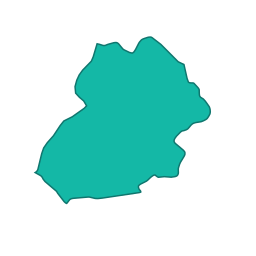 outline of Kassérine, rotated 22°
{"feature_id": "TUN-110", "entity_name": "Kassérine", "entity_type": "Governorate", "adm_level": 1, "iso_a3": "TUN", "parent_name": "Tunisia", "parent_adm1": "", "projection": "natural_earth1", "projection_center": [8.892, 35.211], "detail": "fine", "context": "isolated", "style": "filled", "palette": "teal", "viewbox_px": 256, "rotation_deg": 22, "n_neighbors": 0, "source": "natural_earth", "source_scale": "10m", "svg_char_len": 2200}
<svg xmlns="http://www.w3.org/2000/svg" viewBox="0 0 256 256"><g transform="rotate(22 128 128)"><path d="M58.6,204.1L59.6,202.6L60.0,200.4L57.6,184.1L57.3,178.1L58.7,171.8L61.8,163.1L64.2,151.2L65.9,145.5L72.1,138.5L80.0,126.2L81.3,123.0L76.8,119.5L71.4,117.7L66.4,115.3L63.4,109.5L62.6,102.9L62.9,97.0L64.3,91.3L69.0,79.8L69.1,75.0L67.8,61.5L70.2,61.1L74.1,60.8L75.8,60.1L78.0,58.0L82.7,54.4L84.2,53.5L85.4,53.1L86.5,53.1L87.2,53.3L87.8,53.5L93.5,56.6L95.0,57.0L101.0,57.4L103.8,57.0L104.2,56.6L104.9,55.5L105.2,54.4L105.6,52.3L106.2,45.6L106.4,44.3L106.9,42.8L107.4,41.4L107.7,40.9L108.5,39.9L109.8,38.7L112.7,36.3L114.2,35.5L115.2,35.1L116.5,35.2L127.2,38.2L149.7,47.8L156.1,48.2L164.2,59.9L166.7,62.7L167.2,62.9L167.8,63.0L168.4,62.9L169.0,62.8L170.8,62.1L171.4,61.9L171.9,61.8L172.5,61.9L177.6,64.3L178.9,65.1L179.7,65.9L181.3,69.6L182.2,71.2L183.0,71.9L183.7,72.3L187.0,72.9L189.7,74.2L194.4,77.2L195.5,78.0L196.5,79.1L197.3,80.3L198.2,82.1L198.5,83.2L198.7,84.3L198.4,87.1L197.9,89.4L197.4,90.4L196.6,91.5L195.2,93.1L193.4,94.8L188.9,97.5L187.6,98.5L186.4,99.7L185.9,100.6L185.4,101.6L183.9,106.1L183.5,106.8L182.8,107.7L180.8,109.5L179.5,110.3L178.8,111.1L178.1,112.3L176.0,117.4L175.4,119.9L175.3,120.5L175.3,121.1L175.3,121.7L175.4,122.3L175.6,122.8L175.7,123.1L176.1,123.6L177.2,124.4L177.7,124.6L187.5,127.8L188.9,128.5L189.5,128.9L190.0,129.5L190.3,130.2L190.5,130.8L190.7,131.5L190.6,133.3L189.5,140.1L189.4,142.1L189.6,144.9L189.8,146.6L190.4,148.2L191.5,150.7L191.6,151.2L191.7,151.6L191.7,152.1L191.7,152.6L191.6,153.2L191.4,153.8L190.9,154.5L189.9,155.4L186.5,157.4L179.9,159.5L174.8,162.2L174.5,162.3L174.0,162.3L173.0,162.1L170.7,161.5L170.0,161.8L169.2,162.5L168.0,164.3L167.0,166.3L166.8,166.8L165.7,169.2L164.9,170.5L160.6,175.4L159.8,176.7L159.4,177.7L159.6,178.3L159.8,178.9L160.2,179.5L160.7,180.1L161.2,180.6L163.1,181.6L163.6,182.1L163.8,182.7L162.6,183.7L130.4,202.6L126.5,204.7L124.0,205.6L118.1,206.5L117.0,206.9L103.6,213.7L102.2,214.6L101.1,215.7L100.8,216.2L100.6,216.8L99.8,219.7L99.4,220.9L98.3,220.9L96.4,220.2L87.3,214.9L85.5,213.5L71.1,208.7L68.5,207.2L66.9,205.8L65.0,204.9L60.2,204.3L58.6,204.1Z" fill="#14b8a6" stroke="#0f766e" stroke-width="1.5"/></g></svg>